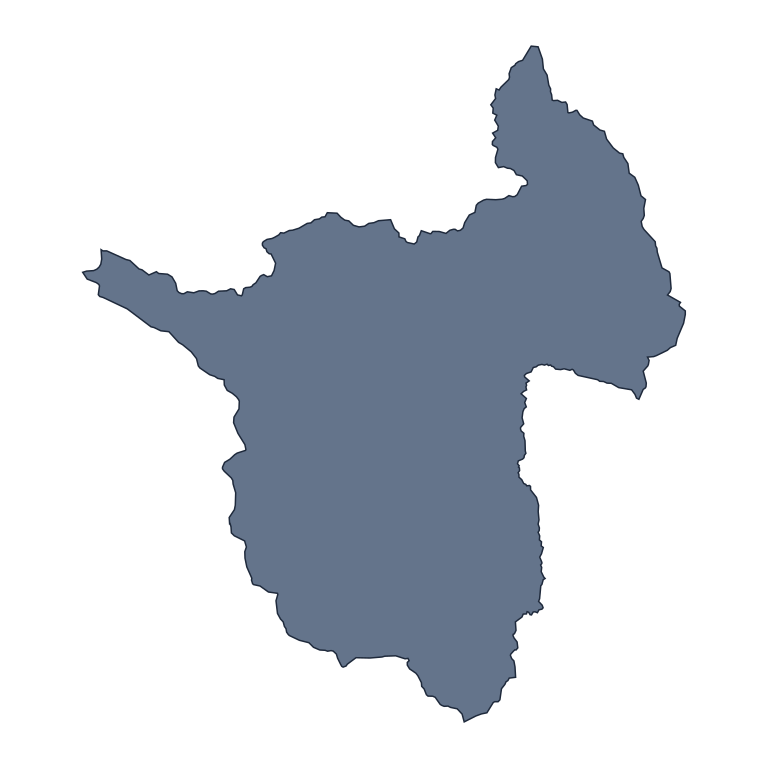 Andes, Antioquia, Colombia (Mercator projection)
{"feature_id": "7082276B30380127815857", "entity_name": "Andes", "entity_type": "district", "adm_level": 2, "iso_a3": "COL", "parent_name": "Colombia", "parent_adm1": "Antioquia", "projection": "mercator", "projection_center": [-75.916, 5.629], "detail": "fine", "context": "isolated", "style": "filled", "palette": "slate", "viewbox_px": 768, "rotation_deg": 0, "n_neighbors": 0, "source": "geoboundaries", "source_scale": "gbopen_adm2", "svg_char_len": 6098}
<svg xmlns="http://www.w3.org/2000/svg" viewBox="0 0 768 768"><path d="M538.1,46.8L531.2,46.1L522.6,60.3L518.5,61.6L515.7,63.7L514.9,65.3L511.3,67.6L509.1,73.7L509.5,77.2L508.8,79.5L500.9,87.2L499.1,90.0L496.2,88.8L494.9,95.0L495.6,98.5L490.8,104.8L493.2,108.1L492.8,113.1L496.8,115.2L494.7,120.1L498.3,126.1L497.7,130.3L492.6,133.1L495.7,137.8L492.5,141.5L492.3,144.4L493.1,145.4L496.9,147.3L497.9,149.2L495.5,157.5L495.4,162.6L498.4,167.6L503.7,166.6L507.4,168.2L510.4,168.5L514.0,170.5L516.4,174.7L522.3,176.0L527.2,180.8L527.5,184.3L526.2,185.5L521.6,186.2L517.2,194.7L514.8,196.5L512.6,196.7L508.9,195.6L504.7,198.4L502.1,199.2L495.8,199.7L486.5,199.3L483.6,200.1L478.2,203.1L476.3,205.3L474.9,212.4L469.3,215.0L464.7,222.6L463.1,227.9L460.4,230.3L457.5,230.9L455.1,229.3L453.3,229.3L449.8,230.3L446.0,233.4L439.2,231.5L432.8,231.4L431.0,233.6L430.1,233.7L421.3,230.7L419.4,235.6L418.0,236.9L416.7,242.0L414.2,244.0L407.4,242.5L406.0,241.5L404.8,238.8L399.0,236.9L398.9,233.0L394.4,228.8L390.6,219.7L378.5,220.7L373.9,222.7L368.8,223.4L364.6,226.2L359.0,226.9L353.4,225.3L348.8,220.9L344.7,220.1L340.8,217.2L337.1,213.2L327.3,212.7L325.0,216.8L321.8,217.1L319.4,218.9L314.5,219.7L310.9,222.9L307.2,223.4L299.0,228.2L292.6,230.2L289.3,230.5L283.9,233.1L280.6,232.7L278.8,234.9L274.6,237.3L272.0,238.5L267.0,239.4L263.3,241.7L262.4,243.2L262.4,245.2L264.1,247.8L266.0,248.7L266.9,251.7L269.1,253.7L271.1,254.0L275.6,263.2L274.1,270.5L271.5,275.8L267.3,276.7L263.7,274.6L261.5,275.5L260.1,276.4L255.9,282.8L253.1,284.7L251.9,286.4L250.0,287.2L245.7,287.6L243.7,288.8L242.3,294.7L241.5,295.8L237.5,294.9L234.2,289.5L230.6,288.8L226.7,290.8L218.5,291.2L215.0,293.5L212.7,294.1L210.7,293.9L206.3,291.2L203.2,290.8L199.0,290.9L193.8,292.8L187.3,291.8L183.9,293.7L181.7,293.7L178.9,292.5L177.2,290.7L175.7,283.3L172.0,276.9L167.6,274.2L158.7,273.5L156.4,271.7L148.9,275.0L142.0,269.8L139.1,269.0L129.9,260.5L125.9,259.5L106.8,250.9L102.9,250.9L101.1,249.7L101.7,259.1L100.8,264.2L99.1,267.1L96.8,269.2L93.7,270.6L86.6,271.1L82.7,272.3L87.2,279.1L96.3,282.6L98.8,284.4L99.5,285.9L98.3,294.7L99.8,296.5L103.2,297.5L127.3,308.9L151.0,326.8L154.0,327.5L160.8,330.8L168.9,331.7L178.6,342.4L182.6,344.7L191.2,351.8L196.5,358.6L198.3,365.9L199.9,368.0L209.7,374.7L214.8,376.4L217.7,378.4L224.1,379.7L224.3,385.0L227.2,390.4L232.3,393.3L236.5,396.8L238.5,399.5L239.3,401.1L239.0,408.9L234.0,417.1L233.6,422.7L238.0,433.5L244.9,444.6L245.9,449.5L245.5,450.4L237.1,453.1L234.7,454.7L229.9,459.2L224.6,462.4L222.5,467.2L222.5,468.8L224.2,471.2L231.2,477.8L232.8,480.4L233.1,484.0L235.7,492.8L235.3,505.2L234.4,509.7L229.2,517.5L229.6,523.8L230.1,523.6L231.0,526.8L231.4,532.9L234.3,535.8L244.6,540.9L246.4,547.0L244.8,551.7L245.0,558.1L246.8,566.9L251.8,578.2L251.5,580.1L252.6,583.7L253.6,584.6L260.0,586.0L268.4,592.0L277.5,593.3L277.8,594.5L276.0,600.8L277.5,613.5L280.5,619.0L283.2,621.9L284.4,626.4L286.0,628.7L286.6,632.1L288.1,634.3L289.3,635.5L299.4,640.3L308.9,642.7L313.5,647.3L319.8,650.0L325.1,650.3L327.6,651.2L331.1,650.6L333.2,651.1L336.4,654.1L337.6,658.2L340.6,664.3L341.7,666.3L343.1,667.1L346.1,666.0L347.3,664.2L356.0,657.7L369.9,658.0L382.0,657.0L384.8,656.2L395.7,655.8L405.1,658.8L408.0,658.4L409.1,660.7L407.3,662.4L407.3,665.1L409.6,668.9L415.9,673.2L417.8,675.6L421.4,682.6L421.7,686.4L424.1,688.9L426.4,694.7L428.0,696.1L432.7,696.2L435.2,697.3L440.2,704.4L441.8,705.4L444.1,706.3L448.0,706.1L450.5,707.4L457.2,708.8L462.1,714.1L464.2,721.9L475.8,716.0L481.5,713.9L486.9,712.8L493.2,702.6L494.6,701.7L498.1,701.7L499.9,699.8L501.5,688.7L504.9,684.4L506.0,681.8L507.9,680.6L509.2,678.1L515.6,677.3L515.0,666.9L513.9,660.9L511.7,658.6L510.4,655.4L510.7,654.2L513.7,650.9L514.9,649.8L516.0,650.0L517.8,647.9L517.1,642.0L514.0,637.9L513.0,635.5L513.2,634.3L514.4,633.8L516.0,630.4L515.4,621.9L522.0,617.0L523.2,614.1L526.5,613.9L527.1,611.7L528.7,612.3L530.1,614.7L531.5,614.9L533.2,612.0L535.1,611.8L537.4,612.7L539.0,609.8L541.9,609.2L543.1,607.8L542.2,605.2L538.6,601.4L539.6,598.8L540.8,585.7L541.9,584.5L543.2,579.7L545.1,578.5L543.8,577.1L541.2,571.7L541.7,567.4L540.6,565.0L541.8,563.6L541.9,562.4L539.7,557.1L541.5,553.8L543.3,547.5L541.2,545.9L541.5,541.8L539.4,539.9L539.7,535.9L538.1,532.2L539.2,530.6L539.4,527.9L538.1,524.1L539.0,519.9L538.2,511.6L538.6,505.3L536.5,497.5L530.6,489.9L530.5,486.4L529.5,485.5L526.7,485.8L525.8,484.4L523.7,483.5L521.7,479.6L519.0,477.2L518.9,474.2L518.1,472.8L519.6,470.6L519.4,467.9L518.5,467.1L519.2,465.8L517.5,463.8L518.3,460.9L522.6,459.1L524.0,457.7L524.4,455.3L525.9,453.3L525.3,451.0L525.0,440.7L523.7,436.2L523.9,433.3L521.2,431.0L520.5,429.0L520.6,427.4L523.7,423.8L522.1,417.8L522.9,411.7L524.2,408.6L526.3,406.9L524.7,402.5L526.4,398.5L521.1,393.8L523.6,391.4L526.6,389.9L525.9,386.9L526.6,385.3L526.0,383.1L529.2,380.9L524.6,376.9L524.4,375.4L526.4,373.5L531.1,371.9L533.3,367.5L536.2,366.8L538.2,365.2L541.9,364.4L544.4,365.1L547.1,364.2L548.4,365.5L550.7,365.0L551.6,366.2L553.5,366.7L555.6,369.1L560.6,369.6L564.1,368.8L569.9,370.3L572.1,369.3L573.4,370.0L575.4,373.3L578.1,375.4L597.6,379.7L599.7,381.3L603.6,381.5L607.0,383.1L611.3,383.3L618.7,387.6L631.6,389.8L635.0,394.4L636.5,398.1L638.9,399.3L643.2,389.4L645.4,387.9L646.0,386.7L646.3,383.1L643.2,371.1L647.8,365.9L648.4,364.4L649.1,360.4L647.5,357.1L653.7,356.6L656.4,355.6L667.3,350.3L670.4,347.6L675.7,345.3L677.2,338.3L683.6,323.2L685.3,314.5L685.3,310.9L679.4,306.2L679.2,304.3L680.5,302.4L667.5,295.0L670.2,291.6L671.1,288.5L669.9,273.6L669.0,271.8L662.0,267.9L657.3,252.2L656.9,248.2L655.6,245.9L655.2,241.7L644.0,229.5L642.2,226.5L641.2,221.4L643.2,218.5L644.3,215.4L643.8,208.4L645.5,199.5L641.0,195.8L638.3,185.2L634.8,177.3L629.2,173.2L627.9,163.6L623.8,157.4L622.8,153.8L619.5,153.1L613.2,147.9L606.6,139.1L604.4,131.3L599.9,130.0L593.6,124.9L592.4,121.1L583.2,118.0L579.7,114.8L577.0,110.4L575.9,110.3L572.4,112.2L568.9,112.9L567.9,112.5L567.1,104.5L565.6,102.0L561.8,102.4L557.6,100.3L553.5,100.6L552.2,100.1L551.6,94.7L550.5,91.8L550.6,88.9L548.8,85.2L547.1,75.1L543.4,68.9L542.4,59.1L538.1,46.8Z" fill="#64748b" stroke="#1e293b" stroke-width="1.5"/></svg>